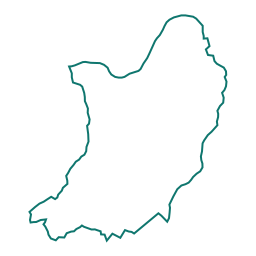 the district of Leópolis, Paraná, Brazil
{"feature_id": "56859067B94954810830585", "entity_name": "Leópolis", "entity_type": "district", "adm_level": 2, "iso_a3": "BRA", "parent_name": "Brazil", "parent_adm1": "Paraná", "projection": "orthographic", "projection_center": [-50.726, -23.018], "detail": "fine", "context": "isolated", "style": "outline", "palette": "teal", "viewbox_px": 256, "rotation_deg": 0, "n_neighbors": 0, "source": "geoboundaries", "source_scale": "gbopen_adm2", "svg_char_len": 1948}
<svg xmlns="http://www.w3.org/2000/svg" viewBox="0 0 256 256"><path d="M69.1,66.5L71.8,73.3L71.8,77.3L73.0,82.5L80.1,84.8L82.2,86.6L84.2,92.9L84.8,97.0L84.9,101.2L86.1,103.8L87.9,108.5L87.7,112.8L89.6,119.4L89.0,123.7L87.1,125.8L88.2,134.1L88.5,141.6L86.5,146.9L86.2,151.2L84.4,154.7L81.3,156.6L79.1,159.6L75.8,161.7L73.5,165.0L70.3,168.8L68.1,173.0L66.2,175.9L67.3,180.7L67.4,183.9L62.9,187.8L61.8,190.7L58.2,194.6L57.3,197.5L55.1,199.1L51.2,196.8L47.0,199.5L43.7,201.7L39.5,203.6L35.0,207.1L29.5,211.9L31.0,214.4L30.0,220.0L30.6,222.5L33.5,222.1L36.2,222.0L40.7,220.0L46.0,219.4L45.0,222.3L43.5,224.3L45.3,226.6L47.8,231.5L48.5,234.7L50.9,238.5L55.8,240.3L58.7,237.2L64.3,237.5L66.7,233.2L71.1,231.6L74.0,231.3L76.4,229.0L80.0,227.2L81.9,225.5L84.0,226.8L91.5,229.5L94.9,229.4L97.8,230.4L100.6,231.3L101.1,234.4L104.6,234.6L105.8,237.9L106.8,240.6L112.4,233.7L120.3,237.8L125.0,230.1L128.7,231.5L131.6,231.9L134.1,233.5L158.4,213.3L161.4,215.7L167.2,221.7L169.0,218.2L169.6,212.7L170.0,207.8L169.4,204.6L173.3,196.5L177.3,189.2L181.4,185.5L185.5,184.2L188.7,182.6L191.1,179.9L193.1,177.0L196.6,173.7L200.2,171.3L202.5,167.4L202.4,163.5L201.3,160.1L200.9,156.4L202.0,151.4L202.6,143.3L204.2,140.3L207.8,135.1L211.6,131.7L217.4,125.2L216.9,121.5L218.1,117.1L218.2,113.8L217.4,110.8L220.0,106.0L223.2,102.7L223.7,97.7L222.1,92.8L224.4,90.1L226.0,86.3L226.5,81.6L224.7,77.0L226.2,74.9L226.0,71.3L223.8,67.6L219.8,65.4L216.8,63.7L214.5,61.1L213.2,55.7L208.0,55.0L205.9,49.4L209.5,46.1L207.4,38.3L203.7,38.6L203.7,35.9L202.7,32.0L202.7,25.8L196.2,18.6L193.1,16.7L185.4,15.4L181.3,15.4L173.9,17.4L169.5,19.7L166.6,22.3L164.5,26.1L162.9,29.7L159.8,35.1L156.9,38.3L155.0,41.1L149.3,53.7L147.2,58.1L143.5,63.5L140.6,69.0L138.5,70.9L129.6,73.7L124.5,76.9L121.8,77.6L118.7,77.6L115.1,76.9L111.3,74.5L109.1,71.3L107.6,67.7L104.0,64.8L99.9,63.1L90.7,62.8L85.4,61.9L82.8,62.1L74.8,65.4L71.6,66.3L69.1,66.5Z" fill="none" stroke="#0f766e" stroke-width="2"/></svg>